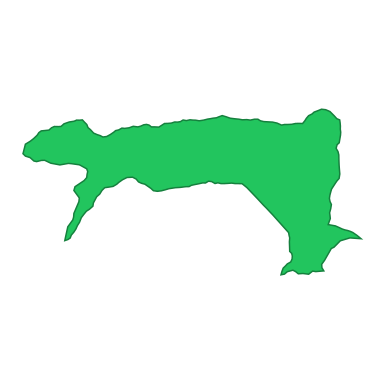 the district of São Benedito, Ceará, Brazil
{"feature_id": "56859067B56740844379341", "entity_name": "São Benedito", "entity_type": "district", "adm_level": 2, "iso_a3": "BRA", "parent_name": "Brazil", "parent_adm1": "Ceará", "projection": "albers", "projection_center": [-40.987, -4.067], "detail": "fine", "context": "isolated", "style": "filled", "palette": "green", "viewbox_px": 384, "rotation_deg": 0, "n_neighbors": 0, "source": "geoboundaries", "source_scale": "gbopen_adm2", "svg_char_len": 3182}
<svg xmlns="http://www.w3.org/2000/svg" viewBox="0 0 384 384"><path d="M64.8,240.6L68.0,239.5L70.2,238.0L71.3,235.1L73.8,232.2L75.9,229.0L77.4,225.6L79.5,222.3L81.3,217.7L83.7,214.5L86.4,211.2L89.5,209.2L92.9,206.2L93.4,202.9L94.8,200.3L96.7,196.7L99.7,194.1L102.0,190.4L104.7,187.7L109.5,187.0L113.1,186.4L116.8,184.2L118.9,182.3L122.6,179.7L127.0,177.5L132.6,177.2L136.2,179.1L138.5,181.9L141.5,183.3L144.9,184.2L150.8,188.3L153.4,190.7L157.4,191.3L161.4,190.8L165.2,189.8L168.9,188.7L175.3,187.7L180.3,187.4L185.5,186.7L189.1,186.6L191.4,185.3L194.6,184.6L198.7,183.8L202.7,182.9L205.5,183.0L208.5,181.2L211.7,181.6L215.0,183.5L217.9,182.8L221.0,183.6L224.0,183.6L227.6,183.4L231.6,183.1L235.1,183.6L238.2,183.6L242.1,183.7L246.9,187.6L257.3,198.5L263.4,205.1L266.3,208.0L270.5,212.5L272.6,214.7L288.6,232.6L289.1,235.4L289.7,237.9L289.4,241.8L289.6,247.8L289.7,251.4L291.7,253.4L292.3,256.0L292.1,259.0L290.7,262.0L287.3,263.9L285.5,265.9L283.2,268.1L282.0,271.2L281.0,274.8L284.5,274.1L287.3,271.7L292.9,270.2L295.6,271.6L298.3,273.8L302.9,273.5L308.7,274.2L312.6,271.1L315.7,271.6L323.8,270.9L321.9,267.7L321.7,264.3L324.5,260.4L331.3,248.5L334.0,247.2L340.3,240.8L349.9,237.9L361.0,238.7L357.0,235.4L352.8,232.5L350.1,231.3L347.6,230.5L344.9,229.9L342.2,229.0L338.8,227.4L335.4,225.9L332.1,225.3L328.2,224.6L329.2,221.5L330.3,218.6L330.0,215.6L329.6,212.8L330.7,208.8L331.4,204.5L330.0,201.5L329.4,198.4L329.9,195.1L330.8,191.7L331.6,189.0L333.5,186.1L335.5,183.0L337.1,180.7L339.1,178.5L339.8,174.0L339.4,169.2L339.1,165.1L338.9,159.7L338.8,154.9L338.0,151.6L336.1,148.3L337.1,144.7L339.2,142.8L339.8,139.2L340.5,135.2L340.7,132.1L340.3,129.2L340.4,126.0L340.1,122.7L339.7,119.9L336.8,118.7L334.3,115.9L329.9,111.5L325.7,109.7L321.5,109.2L318.1,110.6L314.1,112.1L312.0,114.0L308.6,115.7L306.3,118.4L304.9,120.7L302.6,123.5L298.7,123.4L295.5,123.5L291.7,124.3L287.4,124.5L284.4,124.5L281.6,125.1L277.1,123.1L272.6,122.1L267.3,121.8L263.8,121.6L260.4,120.8L257.9,119.2L254.5,119.2L250.3,120.1L246.8,119.6L242.4,119.8L239.0,119.2L235.0,118.8L230.2,118.2L225.9,116.7L222.2,115.6L218.9,116.8L216.4,117.8L212.9,118.2L210.3,118.7L207.6,119.1L203.7,120.1L199.2,120.8L195.7,120.2L193.0,120.1L190.0,119.8L186.4,120.6L183.1,120.0L180.5,121.6L177.7,122.1L174.6,122.0L171.3,123.1L167.8,123.4L164.5,123.5L161.7,125.3L158.8,127.1L155.0,126.9L151.4,126.9L149.1,125.1L146.5,124.4L143.7,124.8L140.8,126.1L137.9,126.9L133.2,126.3L129.1,127.8L124.6,128.4L121.9,128.1L118.7,129.9L115.6,130.6L113.6,132.3L110.2,134.6L106.7,136.5L102.9,137.0L100.2,135.6L97.1,134.6L93.6,133.1L90.4,129.6L88.0,127.6L86.8,124.5L84.4,122.1L82.4,119.9L79.3,120.2L76.6,120.1L74.2,121.2L69.2,122.0L64.0,123.8L61.1,126.4L58.5,126.6L54.3,126.5L51.5,127.8L48.9,130.1L44.1,130.6L41.2,130.9L38.9,132.6L37.1,135.3L33.6,138.6L30.3,141.2L27.7,142.8L25.4,144.2L24.5,147.8L23.0,153.7L25.4,156.1L30.1,157.6L33.9,161.0L36.6,161.6L41.4,160.4L44.7,160.3L50.8,163.2L59.9,164.9L68.4,163.4L71.6,163.7L79.4,164.8L86.7,168.8L87.7,171.6L87.1,174.2L86.7,177.6L84.1,180.6L75.0,186.7L73.9,190.5L79.3,197.9L78.9,201.7L73.9,213.4L73.6,217.1L72.8,219.9L67.8,226.8L65.4,237.7L64.8,240.6Z" fill="#22c55e" stroke="#15803d" stroke-width="1.5"/></svg>